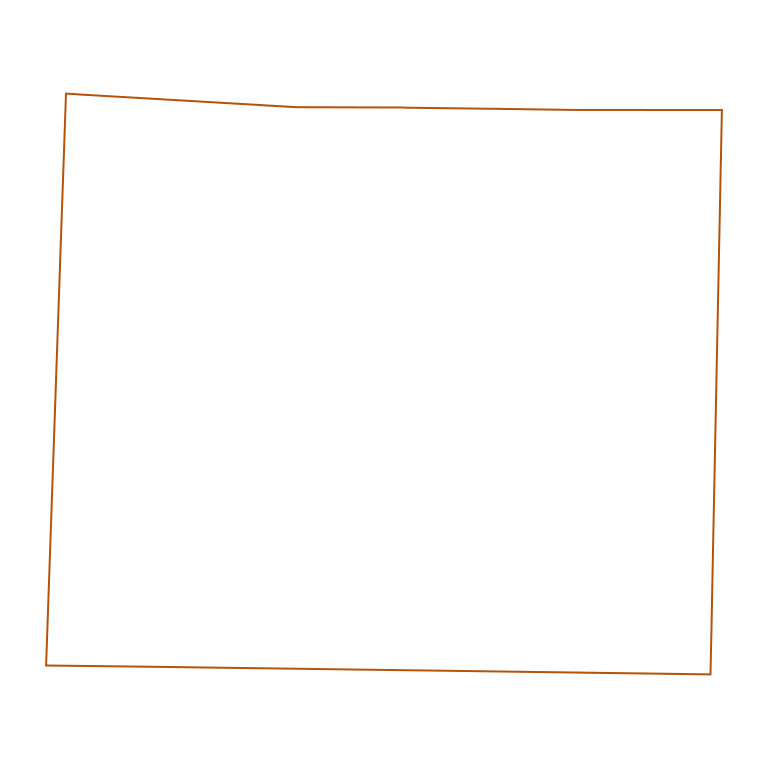 outline of Stokes, North Carolina, United States of America
{"feature_id": "52423323B34539030227097", "entity_name": "Stokes", "entity_type": "district", "adm_level": 2, "iso_a3": "USA", "parent_name": "United States of America", "parent_adm1": "North Carolina", "projection": "orthographic", "projection_center": [-80.2, 36.404], "detail": "fine", "context": "isolated", "style": "outline", "palette": "amber", "viewbox_px": 768, "rotation_deg": 0, "n_neighbors": 0, "source": "geoboundaries", "source_scale": "gbopen_adm2", "svg_char_len": 360}
<svg xmlns="http://www.w3.org/2000/svg" viewBox="0 0 768 768"><path d="M710.5,674.4L710.5,674.0L711.0,649.9L711.5,627.6L713.3,535.3L721.9,110.0L680.4,110.0L571.2,109.9L495.9,108.8L492.6,108.8L407.1,107.7L402.6,107.5L296.2,107.2L79.5,94.5L77.9,94.3L66.0,93.6L46.1,665.5L170.7,667.0L175.7,667.1L710.5,674.4Z" fill="none" stroke="#b45309" stroke-width="2"/></svg>